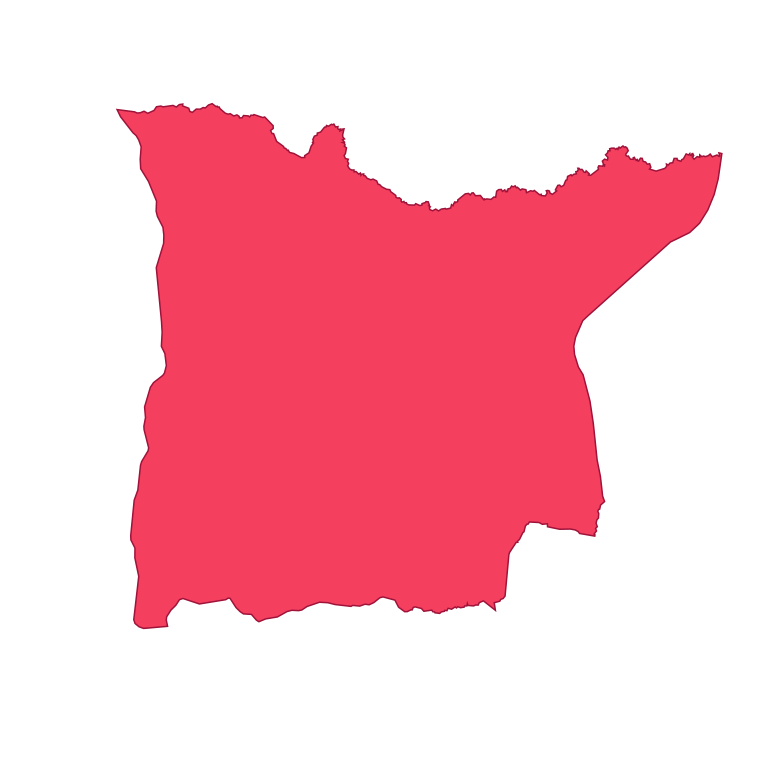 Phanom Dong Rak, Surin, Thailand, rotated 98°
{"feature_id": "78962969B88095074466781", "entity_name": "Phanom Dong Rak", "entity_type": "district", "adm_level": 2, "iso_a3": "THA", "parent_name": "Thailand", "parent_adm1": "Surin", "projection": "albers", "projection_center": [103.261, 14.433], "detail": "fine", "context": "isolated", "style": "filled", "palette": "rose", "viewbox_px": 768, "rotation_deg": 98, "n_neighbors": 0, "source": "geoboundaries", "source_scale": "gbopen_adm2", "svg_char_len": 6156}
<svg xmlns="http://www.w3.org/2000/svg" viewBox="0 0 768 768"><g transform="rotate(98 384 384)"><path d="M149.4,686.5L156.0,682.1L170.1,667.6L172.5,664.0L176.4,660.9L182.9,657.5L195.4,656.7L204.7,654.9L216.2,645.4L234.6,634.7L244.6,633.7L249.6,631.7L259.6,624.7L267.4,622.7L275.6,621.8L300.5,625.7L353.2,613.0L363.7,610.9L377.7,609.7L384.4,605.2L396.1,602.1L403.6,602.9L406.2,604.2L414.7,612.4L419.8,614.9L440.0,617.9L450.5,615.5L459.2,615.9L462.7,615.2L479.9,608.2L482.9,608.3L494.5,613.2L498.4,613.8L523.3,613.0L533.9,615.2L569.5,613.7L573.7,612.9L581.1,607.8L590.9,606.5L608.6,600.1L652.2,599.0L655.8,597.2L658.5,592.8L659.5,588.0L654.1,564.6L647.9,566.8L644.7,566.8L637.7,563.6L632.0,559.3L626.0,556.5L624.4,553.2L627.5,536.2L619.6,510.7L617.6,508.3L617.7,506.6L626.0,499.4L629.5,494.7L631.2,491.2L630.6,483.2L635.6,477.5L636.8,474.8L633.1,468.5L629.5,457.1L622.8,448.3L620.9,443.7L620.3,436.9L619.2,433.9L615.0,429.2L609.1,417.5L608.4,409.2L609.2,401.8L608.8,385.7L607.6,384.2L607.3,377.1L604.7,372.1L604.7,368.0L601.9,363.7L596.2,358.3L595.0,355.3L596.5,343.1L603.0,338.5L606.6,331.8L606.2,329.3L603.7,325.6L603.9,324.8L601.2,323.9L600.4,322.2L601.1,315.7L603.5,312.9L601.3,305.2L602.7,304.1L602.7,302.1L603.5,301.7L603.4,296.9L601.7,295.5L600.7,292.6L599.7,292.3L599.7,290.1L597.2,289.3L597.6,285.7L594.9,282.5L595.7,281.1L594.3,279.9L594.9,277.1L593.8,273.6L592.5,273.2L592.2,271.1L589.9,270.9L591.6,270.1L591.3,264.4L590.1,262.5L589.8,259.9L587.4,259.3L584.9,255.4L592.6,242.2L585.2,244.4L583.0,239.1L581.0,238.4L579.9,236.2L577.1,234.6L535.4,236.6L533.1,236.1L522.5,231.1L522.1,229.5L521.2,229.9L519.1,228.2L511.8,225.8L510.9,224.8L505.0,224.2L503.0,223.0L502.6,221.7L500.4,220.8L499.6,211.2L500.9,207.7L499.7,202.8L502.6,202.2L503.4,189.9L501.7,179.4L501.9,174.4L503.1,171.2L504.8,169.5L505.3,154.1L504.0,154.1L503.4,155.1L499.9,153.1L497.6,154.4L495.6,152.9L492.4,154.6L489.0,154.3L486.9,153.0L482.4,153.3L480.3,154.6L478.3,154.0L477.9,153.0L473.8,152.7L469.7,149.2L464.6,151.9L445.5,156.8L429.5,162.4L394.1,171.2L372.4,177.6L347.2,188.1L340.1,193.9L328.3,199.4L320.1,201.3L311.1,200.8L293.6,196.0L287.9,191.4L203.5,120.1L191.5,102.4L180.9,93.9L166.7,87.6L150.4,83.4L134.3,81.6L108.8,81.5L108.5,84.5L111.5,83.3L112.0,83.8L110.9,86.1L113.3,90.5L110.9,93.0L112.8,94.7L114.2,97.6L113.7,99.1L114.6,100.9L113.2,103.2L115.5,102.9L115.2,105.5L118.2,108.2L116.6,110.0L114.7,109.1L112.8,110.3L113.3,111.2L115.1,111.0L114.7,112.6L113.2,113.2L114.8,114.3L114.1,116.8L119.4,118.9L120.3,120.3L122.1,121.0L121.4,124.7L119.8,125.2L120.2,128.1L124.7,128.9L125.4,131.5L127.6,133.0L126.9,134.9L129.0,134.4L131.4,135.9L135.3,144.2L134.2,151.0L132.2,149.9L128.9,151.6L129.7,153.9L127.7,155.9L127.5,158.3L124.6,159.7L124.7,161.5L127.8,162.9L127.5,164.6L125.8,164.2L127.1,165.3L127.0,166.2L124.7,167.6L125.2,168.7L126.8,168.5L127.1,171.3L124.2,173.8L124.7,175.1L123.9,176.3L122.7,176.5L119.0,174.6L116.5,176.1L115.5,177.8L116.1,178.9L115.0,180.5L117.4,182.9L116.7,184.2L119.1,185.0L118.1,186.0L119.4,187.2L118.4,188.8L118.8,191.6L119.6,193.3L121.6,192.7L121.8,194.5L124.2,194.9L126.2,196.5L128.5,193.8L131.1,193.9L130.6,196.8L132.9,198.8L136.3,196.9L136.2,196.0L137.5,196.0L136.7,197.5L137.9,197.7L138.0,201.6L139.7,202.2L141.6,201.5L148.6,208.4L148.6,210.5L147.3,210.0L144.8,213.5L146.4,214.0L146.4,215.3L143.9,217.8L144.4,219.5L143.2,221.0L143.4,222.1L144.5,221.5L146.4,222.0L147.0,223.6L149.1,222.8L149.9,225.3L151.7,226.9L150.7,227.9L152.9,231.1L156.4,231.2L157.0,232.4L162.3,233.7L164.0,236.1L162.6,237.7L163.1,239.5L167.9,241.3L168.8,239.9L172.8,243.7L171.7,246.3L169.9,247.0L169.5,248.6L170.0,250.2L172.2,249.0L175.3,250.4L175.5,254.5L174.3,254.7L174.9,256.3L171.4,262.1L172.4,263.1L172.2,265.7L174.7,269.5L171.8,270.5L171.6,274.4L173.0,275.8L170.6,279.3L171.2,280.3L169.5,281.7L170.8,283.5L170.2,285.2L172.9,286.4L173.5,288.3L174.7,288.3L175.1,289.1L176.3,288.6L176.7,290.4L174.9,291.4L176.8,293.5L175.0,294.9L175.6,297.6L177.4,299.3L183.6,299.4L183.5,301.2L186.3,303.7L186.4,308.0L187.6,310.4L186.8,310.4L187.2,311.4L183.9,314.8L184.8,319.6L182.2,322.3L182.7,323.7L184.8,324.9L183.5,326.8L184.4,330.0L191.5,336.6L192.7,336.3L193.8,337.2L193.9,339.2L194.7,338.9L195.1,339.9L197.9,340.5L197.0,342.1L200.5,342.5L202.2,346.8L201.6,347.6L202.8,351.6L205.0,354.1L203.6,357.1L205.7,360.0L204.9,362.9L203.2,363.6L202.1,362.8L201.3,364.5L200.6,363.9L197.4,365.6L197.5,367.8L198.6,368.4L200.1,371.5L201.3,371.2L202.3,373.2L201.0,377.7L202.6,378.7L203.2,384.7L202.4,386.6L201.3,387.1L201.7,388.8L200.4,389.7L201.5,391.5L200.5,392.5L198.8,392.6L197.5,394.6L198.0,396.7L197.3,398.2L195.6,398.6L192.6,404.1L190.7,405.3L190.8,408.6L189.0,413.7L187.1,416.1L187.1,417.6L183.9,419.5L182.6,423.4L183.6,425.4L182.7,429.3L180.5,431.5L180.4,433.1L178.8,433.3L179.4,435.4L180.5,435.9L178.4,436.8L179.7,438.2L177.5,441.3L178.0,443.2L176.2,443.5L176.6,445.7L175.8,448.0L173.1,450.3L170.5,449.7L168.6,451.2L166.4,450.6L166.1,453.6L163.3,455.3L161.3,454.3L155.4,454.0L154.0,456.4L152.7,455.8L150.9,456.9L150.6,458.5L149.9,456.9L147.8,459.1L146.8,457.2L145.2,459.1L143.0,459.6L136.9,459.1L137.5,460.9L138.4,460.9L139.5,462.8L137.6,462.6L138.2,464.5L137.3,465.5L135.5,465.4L136.2,467.8L133.6,469.8L134.4,470.7L134.1,472.2L136.4,474.8L136.0,476.9L137.5,477.1L137.9,478.6L143.4,481.9L144.8,485.0L146.8,484.8L148.3,487.5L151.8,488.5L153.4,487.7L154.8,488.4L155.2,487.4L158.5,489.2L165.5,490.5L168.9,494.3L170.7,494.0L171.3,497.3L168.3,505.3L167.8,509.8L165.8,511.4L166.2,512.1L164.4,514.1L164.2,515.7L162.7,516.6L158.7,524.1L151.4,528.2L151.6,529.7L148.8,531.6L146.4,529.3L143.7,529.7L136.2,539.3L137.0,541.1L135.3,550.3L136.1,550.8L136.3,553.2L138.2,554.2L137.4,555.7L137.7,560.5L140.1,561.6L140.6,564.1L139.1,564.7L138.0,567.1L139.5,570.1L137.7,573.9L138.5,576.0L137.9,578.9L134.1,584.8L132.6,585.8L132.9,587.2L132.1,587.9L132.7,588.9L130.3,593.2L132.1,596.6L135.5,599.4L135.4,601.6L137.4,604.2L137.9,608.2L141.7,611.6L141.1,614.2L138.1,615.7L136.6,622.2L134.8,622.2L135.8,625.6L138.6,628.2L137.5,631.7L140.3,641.4L139.8,643.6L141.1,647.9L145.1,649.8L148.8,655.6L147.3,659.6L149.4,663.3L150.0,666.2L149.2,668.9L149.4,686.5Z" fill="#f43f5e" stroke="#9f1239" stroke-width="1.5"/></g></svg>